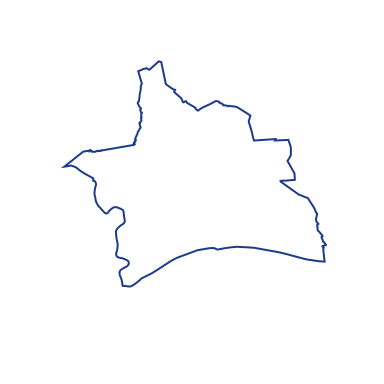 outline of Kota Banjarmasin, Kalimantan Selatan, Indonesia, rotated 237°
{"feature_id": "22746128B37126944555810", "entity_name": "Kota Banjarmasin", "entity_type": "district", "adm_level": 2, "iso_a3": "IDN", "parent_name": "Indonesia", "parent_adm1": "Kalimantan Selatan", "projection": "orthographic", "projection_center": [114.6, -3.325], "detail": "fine", "context": "isolated", "style": "outline", "palette": "blue", "viewbox_px": 384, "rotation_deg": 237, "n_neighbors": 0, "source": "geoboundaries", "source_scale": "gbopen_adm2", "svg_char_len": 5762}
<svg xmlns="http://www.w3.org/2000/svg" viewBox="0 0 384 384"><g transform="rotate(237 192 192)"><path d="M282.8,98.7L280.8,103.0L280.0,105.1L276.1,108.0L271.1,109.7L266.6,111.6L257.1,116.7L255.3,115.3L254.2,116.3L253.9,116.4L253.7,116.4L253.4,116.4L252.3,116.3L251.3,116.0L250.6,115.7L249.0,113.9L247.0,111.9L245.7,110.8L243.3,109.0L239.6,107.7L238.3,107.0L236.8,106.5L234.7,106.0L234.1,106.0L231.8,105.9L230.4,106.0L228.7,106.4L226.4,106.7L224.8,106.9L223.4,107.2L222.4,107.4L221.1,107.9L220.8,108.1L220.6,108.6L220.5,109.2L220.4,109.7L220.4,110.0L220.6,110.7L221.3,112.4L221.5,113.7L221.7,114.7L221.8,117.2L221.8,117.7L221.3,119.1L220.8,119.8L219.9,120.8L217.7,122.4L216.1,123.4L214.8,124.1L214.0,124.2L212.4,123.7L209.7,122.3L204.1,119.8L204.0,119.6L203.7,119.4L203.3,118.8L203.1,118.4L203.0,118.2L202.9,117.6L202.7,116.6L202.8,114.0L202.0,109.4L201.8,108.9L201.1,107.7L200.8,107.3L200.2,106.7L199.6,106.3L198.4,105.6L195.0,103.8L192.0,102.6L190.3,101.9L189.6,101.7L188.7,101.1L187.2,100.2L186.2,99.4L185.4,98.8L184.2,97.6L183.2,96.5L181.9,95.1L180.9,94.4L180.2,94.1L179.7,94.0L179.1,93.9L178.5,94.0L177.9,94.3L177.1,94.7L175.8,95.9L175.0,96.8L174.2,97.6L171.9,99.3L171.1,99.8L169.4,100.7L168.8,100.8L168.2,100.8L167.6,100.7L166.3,99.9L166.1,99.7L165.7,99.0L165.5,98.6L165.2,97.6L165.1,96.7L165.2,95.3L165.4,94.3L165.5,92.9L165.5,91.2L165.4,90.0L165.1,89.0L165.0,88.7L164.9,88.4L164.7,88.2L163.8,87.3L163.2,86.9L162.0,86.3L161.4,86.1L160.0,85.9L156.9,85.2L154.3,84.2L152.3,83.2L151.0,82.8L150.7,83.2L148.7,85.8L148.0,86.6L146.8,88.0L146.3,89.0L146.1,89.9L146.0,90.9L146.0,92.1L146.0,95.3L146.3,98.1L146.5,99.6L146.6,100.5L147.0,102.5L146.9,103.6L145.7,113.9L145.7,115.2L145.6,119.8L145.6,123.0L145.6,134.9L145.5,138.9L145.0,143.5L140.2,164.9L135.4,176.0L133.6,179.1L132.6,180.2L129.9,181.9L126.8,189.4L124.7,193.9L121.7,199.7L115.8,207.8L111.5,213.6L101.5,224.2L94.5,231.7L89.5,236.5L74.5,250.0L72.9,251.6L64.8,260.7L61.4,265.3L72.8,271.0L72.9,271.5L73.1,271.7L73.5,272.1L73.9,272.2L74.2,272.1L74.4,271.9L74.7,271.8L75.1,271.7L75.5,271.8L75.5,272.2L75.5,272.6L75.2,273.7L74.9,274.2L74.9,274.5L74.7,275.0L74.5,275.3L74.7,275.5L75.1,275.6L75.5,275.5L75.9,275.5L76.7,275.5L78.2,275.3L79.0,274.9L79.5,274.9L79.9,275.1L80.3,275.4L80.9,275.6L81.5,275.7L82.4,275.7L83.2,275.8L83.6,276.1L83.9,276.5L83.8,277.1L83.9,277.5L84.3,277.5L85.1,277.5L85.9,277.4L86.6,277.3L87.5,277.2L89.7,277.0L90.3,276.7L91.1,276.6L91.7,276.7L92.3,276.9L93.9,278.1L94.6,278.3L95.0,278.2L95.7,278.6L96.3,279.3L96.3,279.8L96.2,280.4L96.6,280.7L98.8,280.2L99.2,280.3L99.8,280.4L100.7,280.8L101.5,281.1L102.0,281.5L102.6,282.3L103.3,282.7L104.6,284.2L105.2,284.9L105.9,285.1L107.4,284.9L108.2,285.0L108.7,285.2L109.4,285.3L110.8,285.6L112.8,285.8L115.4,285.8L119.3,285.8L121.6,285.8L123.6,285.9L131.8,280.1L152.4,272.0L153.0,272.2L152.7,273.2L150.9,276.1L149.5,278.6L146.2,284.9L151.8,288.1L166.0,289.0L167.4,292.0L168.8,294.7L172.1,297.0L175.3,299.0L176.9,299.6L183.2,301.2L190.0,289.6L190.9,290.9L201.4,272.0L204.1,272.8L210.8,275.2L220.2,277.9L224.3,282.6L229.3,280.4L238.1,276.3L239.8,275.1L242.2,272.1L242.9,271.2L243.9,270.3L243.9,270.1L244.0,269.9L244.1,269.7L244.2,269.3L244.3,269.0L244.4,268.9L244.5,268.8L244.5,268.7L245.1,268.5L245.4,268.3L246.0,267.6L246.1,267.4L246.3,267.2L246.7,266.8L246.8,266.7L247.1,266.5L247.1,266.3L247.2,266.2L247.4,265.9L247.6,265.7L247.8,265.4L248.2,265.5L248.4,265.6L248.5,265.6L248.8,265.6L249.0,265.5L249.5,265.4L249.8,265.2L250.0,265.1L250.2,264.9L250.4,264.7L250.7,264.4L250.8,264.4L251.1,264.2L251.3,264.0L251.7,264.0L251.7,263.9L252.0,263.8L252.1,263.7L252.3,263.7L252.6,263.6L253.5,263.6L255.3,261.4L255.8,255.6L256.0,254.2L257.0,247.5L257.1,245.1L257.1,243.7L257.0,241.3L259.8,240.3L260.9,240.7L262.0,240.2L269.2,236.5L270.7,236.3L271.5,236.4L271.7,235.1L271.9,233.5L272.2,233.4L272.8,233.4L274.0,233.7L274.8,233.8L275.3,233.9L275.6,234.0L276.2,234.1L283.7,232.0L285.3,231.6L285.5,231.7L285.8,231.6L286.1,232.2L286.9,233.5L287.5,233.0L288.3,232.3L288.8,231.9L296.7,228.8L317.7,237.0L319.7,235.2L317.7,222.9L320.4,221.4L321.5,218.8L322.4,213.3L322.6,212.7L310.1,208.9L309.1,207.1L305.8,204.7L304.5,203.5L303.1,202.0L302.4,201.3L300.2,199.7L296.9,196.7L296.7,195.7L296.5,195.3L296.2,194.9L292.9,194.4L292.7,194.5L292.3,194.4L291.5,194.4L290.5,194.7L289.8,194.7L289.5,194.2L289.0,193.1L288.2,193.1L287.7,193.0L287.2,192.9L286.5,192.6L286.3,192.7L286.3,192.8L286.2,192.8L285.8,193.1L285.2,192.6L285.0,191.9L284.7,191.6L283.2,190.7L282.1,190.4L282.0,189.6L281.3,189.3L281.0,189.1L280.4,188.9L280.1,188.9L279.6,188.7L278.8,187.2L278.7,186.6L278.7,186.2L278.8,185.8L278.6,185.6L278.0,185.7L277.7,185.7L277.4,185.3L277.4,185.1L277.1,184.9L276.8,184.8L276.0,184.6L275.3,184.3L274.4,184.2L273.9,183.9L273.7,182.9L272.7,181.4L272.2,180.1L272.0,179.6L271.7,179.0L270.6,178.0L269.9,176.8L269.0,175.5L268.9,175.0L268.5,174.7L267.6,173.5L267.1,172.9L267.0,173.0L266.7,173.0L266.6,172.9L266.5,173.0L266.3,173.1L266.1,173.2L265.9,173.0L266.0,172.8L265.6,172.4L265.7,172.1L265.6,171.7L265.3,171.6L264.8,171.1L264.7,170.7L264.8,170.6L265.0,170.4L265.0,170.1L264.8,170.0L264.6,170.1L264.3,170.4L264.2,170.3L264.0,170.1L263.8,170.0L263.5,170.0L263.6,169.7L263.6,169.4L263.8,169.2L264.1,169.3L264.1,169.2L263.9,168.7L263.4,168.9L263.1,168.9L263.0,168.6L263.3,168.2L263.6,167.9L275.8,139.4L276.4,138.7L276.1,138.4L276.1,138.0L276.4,137.3L276.9,136.3L277.4,136.2L277.6,136.0L277.6,135.6L277.7,135.4L278.0,135.1L278.1,134.9L278.0,134.6L278.2,134.2L278.3,134.1L278.4,133.9L278.4,133.5L278.3,133.3L278.3,133.2L278.5,133.0L278.6,132.4L278.9,132.1L279.2,131.7L279.6,131.0L279.7,130.9L280.1,130.2L280.4,129.9L280.8,129.7L281.3,129.6L281.5,130.0L282.6,129.6L282.3,128.5L282.5,128.6L283.6,126.2L285.1,122.8L282.8,98.7Z" fill="none" stroke="#1e3a8a" stroke-width="2"/></g></svg>